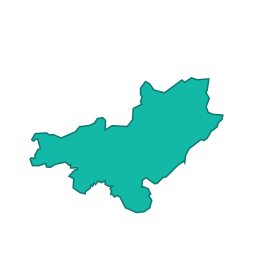 Studenichani, Studeničani, North Macedonia (Albers equal-area conic projection), rotated 218°
{"feature_id": "65306769B72053820604170", "entity_name": "Studenichani", "entity_type": "district", "adm_level": 2, "iso_a3": "MKD", "parent_name": "North Macedonia", "parent_adm1": "Studeničani", "projection": "albers", "projection_center": [21.452, 41.825], "detail": "fine", "context": "isolated", "style": "filled", "palette": "teal", "viewbox_px": 256, "rotation_deg": 218, "n_neighbors": 0, "source": "geoboundaries", "source_scale": "gbopen_adm2", "svg_char_len": 1444}
<svg xmlns="http://www.w3.org/2000/svg" viewBox="0 0 256 256"><g transform="rotate(218 128 128)"><path d="M142.8,175.4L142.6,167.1L138.6,161.9L136.0,161.2L134.4,156.4L131.8,155.1L135.9,146.6L129.5,137.4L129.5,128.7L142.0,120.0L144.7,112.4L150.5,120.2L154.3,120.5L157.9,116.7L157.5,111.2L159.9,106.2L166.9,99.3L167.1,92.6L174.6,78.9L182.8,76.8L185.7,74.0L189.1,74.0L197.6,66.5L196.7,59.5L194.2,59.5L193.9,62.6L192.1,63.6L184.4,57.8L185.7,55.5L184.7,49.5L182.6,46.8L186.0,44.8L185.9,43.1L180.1,39.5L174.9,43.6L171.1,49.5L168.2,47.1L164.9,49.4L162.9,54.7L156.4,62.6L151.2,62.4L150.6,63.9L148.6,61.1L143.3,65.6L142.2,64.3L144.1,62.0L144.9,53.6L139.6,54.7L134.3,47.0L126.3,47.5L121.2,49.8L122.3,51.3L120.8,57.4L122.1,60.1L120.0,60.3L121.0,63.6L118.8,63.5L118.9,67.5L115.3,68.6L113.5,72.2L111.3,69.6L107.0,70.3L104.7,72.7L104.7,69.1L102.5,68.4L100.6,65.0L99.2,66.1L96.2,65.2L95.4,67.7L92.3,68.8L80.9,63.6L69.3,66.6L63.8,71.9L61.7,78.3L64.8,85.7L68.4,86.8L70.3,88.3L69.5,89.9L74.6,92.6L81.0,90.8L80.4,89.0L84.4,95.9L83.2,100.0L72.8,100.4L70.9,102.4L69.9,111.0L67.9,112.8L65.8,129.3L63.6,136.3L61.9,135.5L65.9,142.3L67.1,149.3L63.4,164.0L60.4,164.9L59.3,168.5L60.4,176.7L58.4,184.0L60.0,187.1L59.3,192.6L61.2,196.5L69.7,191.0L74.6,189.7L79.7,193.1L82.2,201.5L88.5,203.9L88.7,206.2L94.5,216.5L103.3,208.5L108.8,206.7L111.4,198.9L115.1,199.0L120.9,178.2L130.9,173.9L138.2,176.1L142.8,175.4Z" fill="#14b8a6" stroke="#0f766e" stroke-width="1.5"/></g></svg>